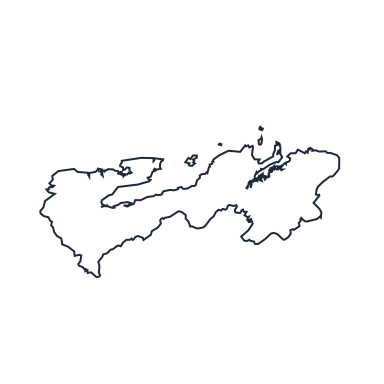 Analalava, Sofia, Madagascar, rotated 49°
{"feature_id": "10022922B21608854890468", "entity_name": "Analalava", "entity_type": "district", "adm_level": 2, "iso_a3": "MDG", "parent_name": "Madagascar", "parent_adm1": "Sofia", "projection": "natural_earth1", "projection_center": [47.842, -14.668], "detail": "fine", "context": "isolated", "style": "outline", "palette": "slate", "viewbox_px": 384, "rotation_deg": 49, "n_neighbors": 0, "source": "geoboundaries", "source_scale": "gbopen_adm2", "svg_char_len": 6111}
<svg xmlns="http://www.w3.org/2000/svg" viewBox="0 0 384 384"><g transform="rotate(49 192 192)"><path d="M194.7,316.2L191.6,315.0L187.0,310.3L183.3,308.6L182.0,302.1L180.9,299.9L182.6,296.2L182.1,291.4L183.3,289.1L183.6,284.0L184.2,282.5L186.2,281.4L184.9,277.4L185.0,272.9L187.3,270.3L187.5,268.2L189.1,268.3L189.5,267.1L188.8,264.3L189.7,261.7L194.3,259.2L196.4,260.1L197.3,251.1L195.2,248.1L196.4,241.4L195.5,236.3L192.5,234.6L192.0,232.4L192.4,231.3L193.7,231.1L193.8,229.2L196.2,225.0L197.7,214.8L200.0,213.0L205.3,211.8L208.0,214.3L211.8,214.0L217.0,216.0L217.9,214.5L222.0,212.7L224.1,210.5L226.1,206.7L226.2,203.9L224.5,195.9L224.6,191.6L222.9,187.5L222.8,183.5L225.1,182.3L224.8,180.0L227.4,178.2L227.5,176.8L225.9,173.7L226.3,172.3L229.7,169.9L231.1,167.2L232.5,167.8L233.7,171.6L236.0,172.6L239.5,169.3L238.4,166.5L238.7,165.1L240.8,165.9L242.7,163.9L244.0,167.6L247.2,166.7L247.9,165.2L248.9,168.4L251.9,168.8L252.7,168.1L252.6,167.1L250.7,166.9L251.0,165.2L255.7,167.0L257.9,174.6L257.9,184.1L262.8,184.5L265.0,182.8L265.7,180.0L266.9,180.1L270.0,177.8L272.5,178.5L274.7,176.1L275.5,167.8L275.2,159.6L276.5,157.1L279.5,155.3L288.0,154.3L289.0,152.5L289.2,149.0L288.4,145.0L285.4,142.8L286.3,140.2L287.4,140.0L288.3,133.3L285.4,131.7L285.0,128.7L283.8,128.3L283.2,126.6L288.0,126.1L289.6,124.7L294.4,115.4L294.5,111.5L295.8,111.5L292.1,107.6L288.2,106.9L280.0,107.4L278.3,98.3L277.5,97.9L276.8,99.2L275.0,100.0L271.9,96.4L270.7,93.6L270.2,86.4L270.9,77.5L272.3,76.1L272.5,74.3L271.5,68.0L270.8,65.6L263.0,58.6L259.3,58.4L253.7,61.7L250.9,64.4L249.1,64.3L244.9,69.5L241.3,71.6L239.9,74.1L239.1,73.1L236.3,73.7L236.0,74.5L237.1,75.3L235.9,76.1L238.2,78.9L236.1,79.3L236.8,81.4L229.5,84.3L230.7,88.3L227.5,92.2L227.7,96.8L231.1,95.9L232.2,97.0L232.6,98.8L231.5,101.5L232.5,102.6L231.4,102.5L231.1,103.4L231.6,107.5L232.3,109.7L233.4,110.0L234.5,108.8L234.2,110.2L230.2,109.3L230.0,110.7L231.3,111.4L231.5,112.0L230.1,113.8L231.3,111.8L228.7,110.5L227.8,111.9L227.7,114.7L229.2,113.8L229.1,115.9L229.1,114.2L227.3,115.1L226.4,113.7L226.5,116.1L228.1,116.2L229.1,118.4L229.1,118.8L227.5,120.3L228.7,121.5L228.3,122.0L231.9,124.1L230.7,123.8L230.8,125.1L227.2,126.9L230.1,127.4L230.6,128.3L230.3,129.6L230.0,127.6L229.2,127.7L229.7,128.5L226.1,127.4L227.3,131.4L229.3,132.0L227.9,132.8L228.2,133.7L226.7,131.4L224.9,130.8L226.7,130.2L224.5,126.8L224.0,130.8L226.7,135.6L225.3,135.9L224.5,134.9L224.6,136.5L225.8,137.3L224.7,137.1L224.0,139.4L225.0,140.3L223.6,139.9L223.2,140.9L226.1,142.8L227.3,145.1L224.4,141.8L222.6,142.3L225.4,147.8L224.6,148.1L223.5,144.4L222.1,143.1L221.9,140.9L223.0,139.8L223.0,135.5L221.2,134.4L219.3,130.3L220.5,130.6L220.3,127.2L221.1,125.3L219.9,124.7L221.5,123.3L222.4,115.6L224.6,108.9L226.2,107.2L224.9,101.1L220.6,100.3L219.0,101.3L219.6,103.6L217.9,100.4L219.0,100.6L218.6,99.8L219.9,100.3L220.3,99.6L216.5,96.2L212.6,94.2L209.6,95.5L210.8,96.4L213.1,95.4L211.5,99.0L215.0,102.1L216.5,105.6L218.4,107.4L216.2,117.7L216.3,120.3L214.2,123.0L212.3,122.1L211.8,119.7L208.4,123.3L203.4,122.5L198.3,116.7L196.9,116.1L196.0,119.5L193.7,119.0L193.0,121.2L191.8,121.2L193.3,129.3L184.8,137.4L182.1,147.7L181.6,153.8L181.8,155.2L183.1,155.8L182.5,156.9L183.9,158.2L182.9,160.7L184.7,161.8L184.4,162.9L187.6,167.7L186.8,167.6L187.0,170.2L184.9,173.0L184.7,175.4L186.5,176.7L186.5,180.5L189.3,184.9L188.9,186.5L187.4,188.1L186.6,192.4L185.5,194.6L183.7,196.7L181.2,196.7L179.7,200.0L180.6,200.8L179.2,204.1L175.9,207.4L172.7,213.1L174.0,216.7L172.1,219.8L170.2,221.1L170.0,223.6L166.4,229.1L164.5,236.1L160.9,240.1L162.8,243.9L161.2,247.0L160.7,250.1L157.3,252.4L160.3,249.3L160.3,245.4L157.3,247.3L153.5,253.1L153.3,256.1L151.3,260.7L151.5,261.1L152.9,260.6L153.8,260.9L152.9,260.8L151.6,262.6L147.8,264.8L146.5,264.8L146.9,265.6L144.9,267.7L143.7,270.6L144.6,266.8L142.4,267.9L140.2,267.1L139.1,265.5L139.9,257.2L141.5,253.8L139.7,244.5L150.9,227.9L155.9,217.1L155.6,215.4L154.5,216.3L152.2,216.1L153.4,213.3L150.9,208.6L151.7,206.0L150.3,206.2L149.8,204.0L150.8,205.9L154.0,200.3L152.5,200.0L150.1,197.9L148.7,195.4L149.1,193.2L148.5,192.3L142.0,198.1L143.4,199.8L143.5,200.8L141.8,199.2L142.2,198.4L141.5,198.5L133.0,207.8L122.4,224.5L123.7,225.5L124.1,227.9L125.4,229.3L128.1,227.9L130.2,229.5L131.0,228.2L130.7,225.2L132.7,223.3L134.9,225.2L137.8,225.0L137.4,226.7L135.9,227.4L136.3,229.4L133.8,231.6L136.1,231.2L134.6,232.4L135.0,233.5L134.0,233.0L131.8,234.3L130.8,231.9L129.9,232.8L130.4,234.7L129.3,236.4L129.7,234.4L127.5,234.2L125.6,236.0L123.0,236.9L119.6,240.5L119.7,241.7L118.5,243.8L119.9,244.9L118.2,244.6L116.6,246.1L121.1,248.8L119.1,248.9L118.3,247.2L116.5,247.8L115.8,245.3L112.0,248.1L113.4,247.7L113.8,248.1L113.3,248.0L113.6,251.4L110.3,257.2L113.0,259.5L111.0,259.1L109.9,258.4L109.9,257.3L101.9,265.1L97.2,265.9L88.6,279.1L88.2,286.9L91.4,289.0L91.9,293.9L94.8,293.8L96.8,292.0L96.9,293.7L96.1,294.9L96.7,295.5L95.5,295.0L94.8,297.3L95.9,298.3L94.6,300.1L98.2,300.3L103.4,296.8L102.4,308.8L106.1,314.2L106.9,319.1L109.0,320.4L113.3,319.5L116.7,317.0L120.8,317.8L122.6,317.3L124.8,320.2L127.6,320.1L131.8,322.3L136.8,322.8L141.2,321.1L146.4,324.3L151.7,321.5L159.6,319.9L163.2,322.5L165.5,318.2L167.3,317.2L171.0,321.7L171.8,325.1L173.5,325.6L177.6,323.6L179.4,324.0L180.3,322.8L181.7,324.4L182.4,322.2L184.6,323.9L186.4,320.9L193.7,319.9L194.9,317.6L194.7,316.2ZM168.2,170.0L169.2,165.9L167.7,164.4L165.1,167.2L166.1,171.5L163.9,172.4L165.2,177.5L168.6,175.1L169.3,176.7L170.6,176.5L172.4,174.6L172.3,171.0L170.5,171.8L170.1,169.9L168.2,170.0ZM198.5,104.8L196.3,103.6L197.2,105.1L196.5,107.7L199.7,110.1L200.6,109.9L201.2,108.8L200.8,107.7L198.5,104.8ZM191.4,98.5L190.6,96.9L189.3,97.8L187.6,97.6L187.8,99.0L189.1,100.0L191.4,98.5ZM226.9,120.0L228.7,118.9L228.8,118.6L227.0,118.2L226.1,119.4L226.9,120.0ZM173.8,140.6L175.8,139.2L175.2,138.5L173.5,139.4L173.8,140.6ZM226.5,118.1L226.6,117.2L225.8,116.5L225.5,117.5L226.5,118.1ZM231.9,109.5L231.6,108.6L230.8,107.9L230.8,108.9L231.9,109.5ZM228.2,117.8L227.9,116.6L227.0,117.0L227.2,117.4L228.2,117.8ZM230.5,125.1L230.3,124.0L229.4,125.2L230.5,125.1Z" fill="none" stroke="#1e293b" stroke-width="2"/></g></svg>